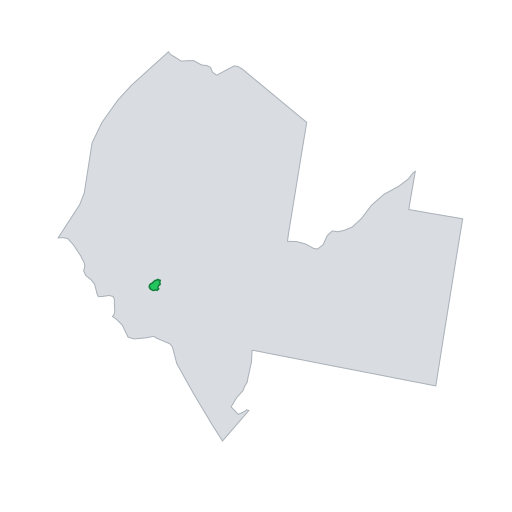 San Diego, Zacapa, Guatemala (highlighted), rotated 99°
{"feature_id": "79465075B11427655280903", "entity_name": "San Diego", "entity_type": "district", "adm_level": 2, "iso_a3": "GTM", "parent_name": "Guatemala", "parent_adm1": "Zacapa", "projection": "albers", "projection_center": [-89.764, 14.795], "detail": "fine", "context": "in_parent", "style": "filled", "palette": "green", "viewbox_px": 512, "rotation_deg": 99, "n_neighbors": 0, "source": "geoboundaries", "source_scale": "gbopen_adm2", "svg_char_len": 2726}
<svg xmlns="http://www.w3.org/2000/svg" viewBox="0 0 512 512"><g transform="rotate(99 256 256)"><path d="M68.0,374.4L70.4,372.0L72.6,366.3L75.2,360.4L73.7,353.5L72.8,348.0L75.8,339.9L75.6,333.9L77.0,330.2L81.3,327.8L83.6,323.2L71.6,307.2L71.6,303.6L73.3,299.1L83.3,282.3L95.2,262.2L108.3,240.1L116.1,226.8L144.4,227.0L163.1,227.1L186.9,227.2L212.7,227.3L229.6,227.4L236.6,227.2L235.4,218.5L236.4,208.9L239.5,200.2L239.5,196.3L234.5,191.6L224.7,188.8L219.3,184.6L219.3,179.3L216.9,172.9L212.2,165.4L202.5,157.7L187.6,149.8L175.0,139.2L164.7,125.9L155.9,117.4L149.1,113.8L147.5,111.9L167.4,112.2L186.2,112.4L186.5,93.5L186.7,76.7L186.9,57.7L220.9,57.9L261.5,58.0L303.6,58.1L336.7,58.1L356.2,58.1L355.4,81.6L354.4,108.9L353.7,129.0L352.8,155.7L351.8,183.1L350.5,220.5L349.6,244.6L350.0,245.1L361.2,243.9L377.7,244.9L381.7,244.9L386.8,246.9L390.7,247.6L399.1,253.0L408.9,257.0L415.2,248.7L411.8,243.7L409.4,241.2L409.7,238.9L444.0,260.2L440.0,263.6L431.4,271.3L415.7,284.5L401.5,296.3L388.0,307.0L375.7,316.6L374.3,317.6L358.7,324.4L356.1,327.6L352.8,341.1L351.3,344.5L354.1,352.0L357.0,363.6L356.1,369.7L345.3,377.2L340.3,383.9L338.2,388.3L336.2,387.1L332.9,386.8L325.2,388.5L321.4,388.9L318.3,390.8L318.0,395.0L320.1,401.8L320.8,405.3L318.6,406.9L309.1,411.0L305.4,415.0L301.8,421.2L297.6,423.9L293.2,423.4L290.1,424.3L283.5,429.0L273.6,438.0L268.2,444.8L268.1,449.8L269.1,454.3L232.9,438.2L220.9,435.5L170.0,435.6L148.2,429.1L123.5,416.8L106.8,405.7L68.0,374.4Z" fill="#d9dde1" stroke="#a8b0b8" stroke-width="1"/><path d="M295.1,346.8L294.9,347.0L294.8,347.4L294.9,347.6L295.1,347.9L295.1,348.1L294.7,348.5L294.9,348.7L294.8,348.9L294.6,349.2L294.5,349.4L295.3,350.3L295.5,350.7L295.5,350.8L295.9,351.2L295.9,351.5L295.9,351.8L296.1,352.1L296.3,352.2L296.6,352.4L296.9,352.6L297.0,352.8L297.4,353.2L298.1,353.5L298.4,354.0L298.6,354.1L298.8,354.1L299.0,354.1L299.3,354.4L299.4,354.6L299.5,354.8L299.5,355.0L299.6,355.3L299.8,355.6L300.0,355.8L300.5,356.0L301.0,356.4L301.5,356.5L301.8,356.6L302.8,356.6L303.6,356.5L303.9,356.3L304.1,356.1L304.3,356.0L304.5,355.8L304.5,355.4L305.0,355.3L305.2,355.1L305.3,354.8L305.3,354.3L305.6,353.9L305.7,353.6L305.8,353.4L306.0,353.0L306.1,352.8L306.1,352.4L306.1,352.2L306.0,351.7L305.9,351.3L305.8,351.2L305.6,350.8L305.5,350.2L305.3,349.8L305.2,349.3L305.2,349.0L305.4,348.4L305.4,348.2L305.0,348.1L304.8,347.9L304.4,347.6L304.2,347.2L303.6,347.0L303.4,347.4L303.4,347.5L303.1,347.8L302.8,347.9L302.6,347.9L301.7,347.9L301.4,347.8L300.8,347.6L299.9,347.5L299.8,347.4L299.7,347.3L299.7,347.1L299.8,346.9L299.7,346.6L298.8,346.3L298.3,346.3L298.1,346.4L297.8,346.7L297.5,347.0L297.1,347.0L296.7,347.0L296.2,346.8L295.1,346.8Z" fill="#22c55e" stroke="#15803d" stroke-width="1.5"/></g></svg>